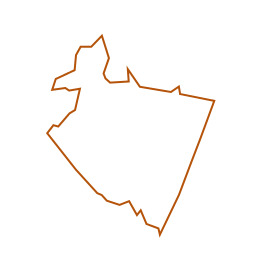 the district of Baldwin, Georgia, United States of America, rotated 215°
{"feature_id": "52423323B1932057307983", "entity_name": "Baldwin", "entity_type": "district", "adm_level": 2, "iso_a3": "USA", "parent_name": "United States of America", "parent_adm1": "Georgia", "projection": "orthographic", "projection_center": [-83.204, 33.058], "detail": "fine", "context": "isolated", "style": "outline", "palette": "amber", "viewbox_px": 256, "rotation_deg": 215, "n_neighbors": 0, "source": "geoboundaries", "source_scale": "gbopen_adm2", "svg_char_len": 633}
<svg xmlns="http://www.w3.org/2000/svg" viewBox="0 0 256 256"><g transform="rotate(215 128 128)"><path d="M202.3,188.6L204.7,173.5L213.4,167.4L212.4,157.9L204.9,144.8L215.3,126.7L212.0,115.8L202.3,124.8L197.7,124.9L189.9,132.6L181.7,112.4L184.3,106.4L186.0,89.2L190.7,87.5L191.2,77.4L146.8,64.0L115.8,57.0L111.1,58.0L103.6,56.3L90.8,60.2L85.1,68.7L70.7,61.8L70.4,67.9L57.8,60.0L45.5,63.2L40.7,58.9L47.9,102.5L56.5,136.1L62.6,160.6L72.9,199.7L104.8,185.7L110.1,191.1L113.5,182.1L141.9,168.6L161.9,176.1L154.1,166.5L168.7,154.9L174.9,155.7L179.3,158.7L183.7,174.3L202.3,188.6Z" fill="none" stroke="#b45309" stroke-width="2"/></g></svg>